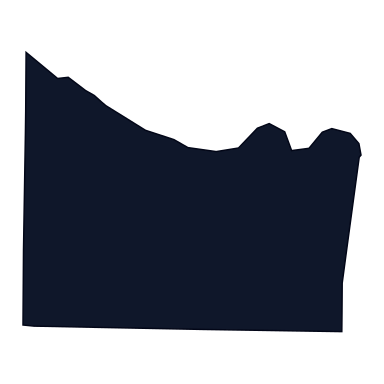 Morgan, Alabama, United States of America
{"feature_id": "52423323B17424718364121", "entity_name": "Morgan", "entity_type": "district", "adm_level": 2, "iso_a3": "USA", "parent_name": "United States of America", "parent_adm1": "Alabama", "projection": "mercator", "projection_center": [-86.8, 34.495], "detail": "fine", "context": "isolated", "style": "filled", "palette": "ink", "viewbox_px": 384, "rotation_deg": 0, "n_neighbors": 0, "source": "geoboundaries", "source_scale": "gbopen_adm2", "svg_char_len": 549}
<svg xmlns="http://www.w3.org/2000/svg" viewBox="0 0 384 384"><path d="M341.8,331.6L342.0,311.9L342.2,283.1L346.8,248.7L347.0,247.2L359.2,157.2L361.0,155.1L358.9,143.6L350.2,133.4L331.8,128.6L322.3,132.2L309.0,148.3L291.6,150.6L284.7,131.8L269.2,123.6L257.4,128.2L238.5,148.0L216.2,151.6L187.9,147.6L173.9,139.6L145.5,130.3L105.9,105.7L101.4,101.9L94.3,95.5L85.5,90.5L68.2,77.3L57.6,78.5L26.1,52.4L25.7,111.4L25.4,134.3L23.5,250.4L23.0,325.0L34.0,326.1L186.9,329.1L201.4,329.4L341.8,331.6Z" fill="#0f172a" stroke="#020617" stroke-width="1.5"/></svg>